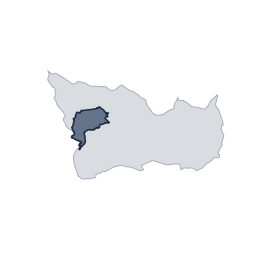 location of Yalinga, Haute-Kotto, Central African Republic, rotated 202°
{"feature_id": "33826404B77142922363915", "entity_name": "Yalinga", "entity_type": "district", "adm_level": 2, "iso_a3": "CAF", "parent_name": "Central African Republic", "parent_adm1": "Haute-Kotto", "projection": "orthographic", "projection_center": [23.642, 7.657], "detail": "fine", "context": "in_parent", "style": "filled", "palette": "slate", "viewbox_px": 256, "rotation_deg": 202, "n_neighbors": 0, "source": "geoboundaries", "source_scale": "gbopen_adm2", "svg_char_len": 8274}
<svg xmlns="http://www.w3.org/2000/svg" viewBox="0 0 256 256"><g transform="rotate(202 128 128)"><path d="M173.9,98.0L176.0,98.5L176.4,99.2L175.8,101.4L176.2,102.7L177.5,103.9L178.7,104.4L179.9,104.7L184.0,105.4L185.7,106.2L188.0,108.7L190.9,111.0L191.5,112.3L191.4,113.4L190.6,114.8L190.7,115.3L192.0,116.7L193.5,118.1L196.3,119.6L201.0,122.0L203.2,123.7L204.0,124.9L205.2,126.2L206.9,127.4L208.0,128.4L207.3,131.1L207.5,131.9L207.9,132.7L208.9,133.7L209.3,135.1L210.3,136.8L211.5,137.5L213.5,137.8L214.5,138.6L216.7,139.9L218.7,141.0L219.6,141.8L220.2,142.5L220.7,143.4L220.9,144.2L221.0,146.0L221.3,148.3L222.5,149.8L223.5,150.9L219.3,149.6L218.6,149.6L217.9,149.8L215.7,151.5L214.9,151.7L212.1,151.4L205.4,150.1L200.1,148.9L198.6,148.5L195.8,148.1L193.9,148.9L192.2,151.8L191.7,152.4L189.0,153.2L187.7,153.0L184.5,153.8L179.7,152.6L178.0,152.9L176.6,153.5L173.1,154.8L171.0,155.5L168.5,156.2L166.2,157.2L164.6,157.8L163.1,157.8L161.7,157.2L160.1,156.7L158.3,156.6L156.4,156.9L154.8,158.0L154.2,158.8L152.8,161.0L151.1,164.5L150.4,165.2L149.9,165.6L142.3,163.8L139.0,163.4L136.8,163.9L134.0,162.9L132.8,162.7L132.2,163.0L130.7,162.6L128.2,161.4L125.8,160.8L123.6,161.0L122.3,160.6L121.2,159.4L119.9,157.2L117.4,155.1L114.1,153.4L112.1,152.1L111.2,151.2L109.5,150.7L106.7,150.6L104.1,151.4L100.3,154.0L96.8,159.4L94.8,161.5L93.3,162.0L92.9,163.3L93.6,165.4L93.8,167.9L93.2,171.9L93.4,174.9L92.6,174.4L91.8,173.0L91.4,172.7L89.1,173.3L87.9,173.9L87.3,174.4L86.8,174.5L86.1,173.7L85.5,173.6L84.6,173.7L83.7,173.7L83.1,173.6L82.7,173.6L81.6,173.2L77.6,172.0L76.9,171.6L76.2,171.6L74.1,172.6L73.0,172.8L69.7,173.4L66.2,173.7L64.9,173.7L64.0,174.1L63.4,174.7L62.2,178.4L62.0,179.1L62.0,180.0L61.7,183.1L61.8,184.0L57.6,192.3L56.9,190.9L56.4,189.2L56.3,187.4L56.4,186.9L56.1,186.3L55.8,184.8L56.1,183.8L55.8,182.8L55.0,181.8L54.3,181.0L53.9,180.3L53.5,180.0L52.7,179.8L51.6,179.5L47.0,174.5L42.2,168.9L41.3,167.1L40.9,166.1L42.1,166.0L42.4,165.8L42.4,165.3L41.7,163.9L41.4,162.1L40.8,161.0L38.9,159.3L37.1,158.0L36.5,157.3L36.2,156.4L35.6,150.4L35.3,148.7L34.8,148.0L34.4,147.6L34.2,147.2L34.3,146.2L34.6,145.2L34.6,144.8L35.1,144.0L35.1,138.5L34.6,137.8L33.5,137.7L32.9,136.9L32.5,135.9L32.6,135.2L33.7,134.1L34.4,133.7L36.4,132.9L37.0,132.4L37.4,131.9L37.6,131.2L38.9,128.4L40.7,125.6L41.5,125.0L43.3,120.9L43.8,119.9L44.1,118.8L44.7,118.0L46.6,116.6L48.2,114.2L49.7,114.3L51.4,114.8L53.5,115.0L55.1,114.5L56.2,113.6L61.3,112.0L61.7,110.7L62.5,110.0L63.5,109.4L63.8,109.4L63.9,109.8L64.4,111.2L65.5,112.6L67.2,114.1L67.7,114.0L68.8,112.9L71.4,112.2L72.1,111.9L74.0,110.3L76.3,109.3L77.6,108.9L80.0,107.9L81.6,108.0L84.2,107.9L88.6,107.4L91.8,107.3L93.4,107.1L93.8,106.9L94.4,105.3L94.9,104.9L96.1,104.2L98.4,101.8L100.0,99.8L100.5,99.1L100.8,99.0L101.4,98.1L100.8,97.3L98.2,95.4L98.3,95.2L98.1,94.9L98.3,94.6L99.3,93.9L100.6,93.1L102.0,92.8L105.8,92.9L108.9,92.8L109.7,92.8L112.2,92.4L113.9,92.0L115.6,91.2L119.6,91.3L122.9,89.1L123.8,88.8L124.2,88.4L124.4,88.1L125.9,87.2L127.6,85.4L129.0,83.8L129.4,82.7L133.2,78.8L134.4,78.9L135.1,78.4L136.6,75.9L137.0,75.4L138.6,74.9L139.3,74.2L139.9,73.0L140.0,71.6L139.7,70.5L139.7,70.0L140.0,69.5L140.6,68.9L143.5,67.6L144.2,66.9L144.6,66.3L145.4,66.2L146.3,66.3L146.8,65.9L147.4,65.2L149.4,64.4L151.2,63.7L153.1,64.0L156.5,64.9L157.5,66.7L158.0,67.4L162.3,71.7L163.1,72.8L165.2,76.0L166.5,78.1L168.0,81.2L168.1,82.8L167.9,84.3L167.6,88.3L167.3,89.5L165.4,91.7L165.3,92.7L165.7,93.5L166.3,93.8L166.6,94.2L166.4,96.1L167.1,96.9L168.5,97.4L172.0,97.7L173.9,98.0Z" fill="#d9dde1" stroke="#a8b0b8" stroke-width="1"/><path d="M177.3,104.2L177.0,104.1L176.7,104.0L176.3,103.9L176.1,103.8L175.8,103.5L175.6,103.3L175.5,103.1L175.4,102.8L175.3,102.6L175.4,102.3L175.5,102.0L175.5,101.8L175.5,101.7L175.5,101.4L175.6,101.2L175.9,101.0L175.9,100.8L176.0,100.8L176.0,100.6L176.3,100.3L176.4,100.2L176.5,100.0L176.7,99.9L176.9,99.8L177.1,99.6L177.1,99.4L176.9,99.3L176.6,99.1L176.6,98.9L176.7,98.6L176.9,98.2L176.8,97.9L176.6,97.9L176.4,98.0L176.2,98.0L175.7,97.9L175.3,98.0L175.0,98.1L174.8,98.0L174.6,98.0L174.3,98.0L173.9,97.9L173.6,97.8L173.4,97.8L173.1,97.9L172.7,97.7L172.4,97.6L172.2,97.6L171.9,97.6L171.5,97.7L171.4,97.7L171.2,97.7L170.8,97.5L170.6,97.4L170.4,97.5L170.2,97.5L169.7,97.7L169.3,97.8L169.2,97.7L168.9,97.6L168.5,97.6L168.4,97.6L167.9,97.3L167.6,97.3L167.3,97.3L167.1,97.4L166.8,97.7L166.7,97.8L166.3,97.7L166.2,97.7L166.1,97.4L166.0,97.2L165.9,97.1L165.8,96.9L165.9,96.4L165.9,96.2L166.0,96.2L166.4,95.9L166.6,95.7L166.7,95.4L166.8,95.3L166.9,95.0L167.0,94.9L167.1,94.7L167.0,94.3L167.0,94.2L167.1,93.6L167.0,93.4L166.9,93.3L166.7,93.3L166.6,93.5L166.3,94.0L166.2,94.0L165.8,94.0L165.7,93.9L165.4,93.6L165.2,93.5L165.2,93.4L165.1,93.2L165.1,92.9L165.3,92.6L165.3,92.3L165.3,92.1L165.4,91.8L165.4,91.5L165.5,91.2L165.3,91.2L165.2,91.0L165.1,90.8L165.2,90.2L165.3,90.0L165.3,89.9L165.0,89.8L164.8,89.8L164.5,90.3L164.5,90.6L164.4,90.9L164.5,91.3L164.6,91.6L164.7,92.0L164.3,92.6L164.1,93.0L163.7,94.0L163.5,94.5L163.5,94.8L163.3,95.2L163.0,95.9L162.6,96.4L162.6,96.5L162.7,96.9L162.5,97.1L162.4,97.3L162.5,97.7L162.3,98.3L162.3,98.8L162.5,99.5L162.6,99.8L162.8,100.0L163.0,100.4L163.6,101.5L163.8,102.0L164.1,102.4L164.2,103.0L164.4,103.6L164.6,103.8L164.9,104.0L165.0,104.4L165.2,104.7L165.4,104.8L165.5,105.1L166.3,105.9L166.5,105.9L166.6,106.1L166.7,106.4L166.6,106.8L166.7,107.1L166.8,107.5L166.6,107.6L166.5,107.9L166.2,108.0L166.2,108.3L166.3,108.6L166.3,109.0L165.6,109.9L165.2,110.3L164.9,110.3L164.3,111.1L164.1,111.3L163.7,111.6L163.4,111.9L163.2,112.1L162.9,112.1L162.7,112.2L162.4,112.0L162.2,112.1L161.9,112.1L161.8,112.3L161.7,112.4L161.4,112.5L161.1,112.7L160.7,112.6L160.2,112.8L160.0,113.1L160.0,113.4L159.8,113.5L159.6,113.5L159.3,113.4L159.1,113.3L158.6,113.9L158.6,114.4L158.3,115.0L158.2,115.0L157.8,115.1L157.7,115.5L157.5,115.9L157.7,116.3L157.6,116.5L157.4,116.5L157.2,116.4L157.0,116.5L157.0,116.8L156.9,116.8L156.6,116.7L156.4,116.5L156.2,116.6L156.2,117.0L156.0,116.9L156.0,116.7L155.9,116.6L155.5,116.7L155.2,117.1L155.1,117.6L155.1,117.8L155.3,118.1L155.2,118.3L154.9,118.4L155.0,118.5L155.1,119.2L155.1,119.6L155.0,119.8L154.9,120.4L154.9,120.6L155.0,120.8L154.9,120.8L154.8,120.7L154.5,121.0L154.4,121.1L154.4,121.3L154.2,121.3L154.1,121.2L153.9,121.3L153.1,121.8L152.2,122.8L151.7,123.2L151.5,124.1L151.4,124.3L151.2,124.3L150.7,124.2L150.4,124.2L150.2,124.3L150.2,124.5L149.7,124.7L149.0,125.3L148.6,125.5L148.3,125.5L148.1,125.4L147.9,125.3L147.7,125.6L147.6,126.3L148.4,126.4L149.0,126.8L149.3,126.8L149.4,126.7L149.7,126.7L149.9,127.0L150.1,127.1L150.4,127.2L150.6,127.3L150.8,127.5L151.1,127.6L151.5,127.7L151.8,127.8L152.2,128.1L152.7,128.3L152.9,128.5L152.8,129.2L152.8,129.6L152.5,129.8L152.4,130.2L152.2,130.3L151.8,130.4L151.6,130.6L151.3,130.7L151.1,131.1L151.2,131.4L151.8,131.4L151.9,131.5L152.0,132.0L152.4,132.3L152.8,132.3L152.9,132.5L153.1,132.5L153.4,132.5L153.6,132.6L153.5,132.9L153.3,133.0L153.2,133.0L153.0,132.9L152.3,133.2L152.2,133.3L151.9,133.6L151.8,134.4L153.4,134.2L154.0,134.1L154.8,134.3L155.4,134.1L156.0,134.1L156.2,134.4L156.7,135.3L162.5,136.9L162.9,136.6L162.9,136.2L162.9,135.7L163.1,135.6L163.1,135.4L163.2,135.1L163.4,134.9L163.7,135.1L164.0,135.1L164.6,135.0L164.7,134.2L165.0,133.7L165.6,133.5L166.5,132.9L167.2,132.4L177.1,127.0L177.1,126.7L177.3,126.6L177.6,126.7L177.8,126.7L177.6,126.3L177.6,126.2L177.4,126.0L177.5,125.9L177.8,125.8L178.0,125.7L178.0,125.3L178.1,125.1L178.3,125.0L178.3,124.9L178.2,124.8L178.1,124.7L178.0,124.3L178.3,124.2L178.4,123.9L178.5,123.8L178.8,123.9L179.0,123.9L179.3,123.7L179.5,123.7L179.8,123.7L180.0,123.8L180.6,123.6L180.9,123.1L181.2,123.3L181.3,123.1L181.4,122.8L181.4,122.5L181.2,121.9L181.4,121.3L181.3,120.8L181.5,120.4L181.4,120.2L181.2,119.9L181.3,119.7L181.2,119.6L180.9,119.6L180.8,119.4L180.9,119.2L180.7,118.7L180.8,118.5L180.9,118.1L181.1,117.9L181.1,117.7L181.3,117.5L181.3,117.2L181.6,117.1L181.8,116.3L182.0,116.1L181.8,116.0L181.5,115.8L181.4,115.7L181.5,115.5L181.2,115.3L181.0,114.5L180.7,114.4L180.6,114.0L180.5,113.4L180.6,112.9L180.3,112.1L180.4,111.5L180.0,110.7L180.0,109.7L179.7,109.3L180.0,109.0L180.2,108.3L180.3,107.5L180.1,107.3L179.9,107.2L179.6,106.8L179.4,106.7L179.3,106.0L178.9,105.8L178.5,105.7L177.3,104.7L177.3,104.2Z" fill="#64748b" stroke="#1e293b" stroke-width="1.5"/></g></svg>